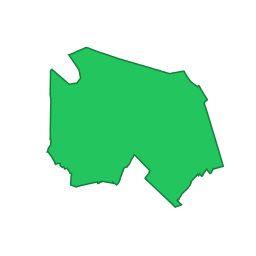 Opmeer, Noord-Holland, Netherlands, rotated 71°
{"feature_id": "6326949B74577576920447", "entity_name": "Opmeer", "entity_type": "district", "adm_level": 2, "iso_a3": "NLD", "parent_name": "Netherlands", "parent_adm1": "Noord-Holland", "projection": "equal_earth", "projection_center": [4.959, 52.714], "detail": "fine", "context": "isolated", "style": "filled", "palette": "green", "viewbox_px": 256, "rotation_deg": 71, "n_neighbors": 0, "source": "geoboundaries", "source_scale": "gbopen_adm2", "svg_char_len": 5306}
<svg xmlns="http://www.w3.org/2000/svg" viewBox="0 0 256 256"><g transform="rotate(71 128 128)"><path d="M195.2,50.4L179.2,49.6L134.0,47.9L133.5,47.9L132.6,48.0L129.3,47.9L128.0,46.3L127.6,44.3L127.0,43.8L122.3,44.8L121.3,45.2L119.9,45.4L117.2,46.0L114.3,46.6L113.6,46.6L113.2,46.7L112.8,46.7L112.7,46.8L112.4,47.0L112.1,47.2L111.7,47.0L111.0,47.2L111.2,48.7L111.4,48.9L110.9,49.3L109.4,50.3L104.5,53.7L103.3,54.0L101.9,54.4L100.0,55.0L94.6,56.2L94.0,56.3L92.8,56.5L92.6,56.6L92.4,56.7L92.2,57.7L92.1,58.4L91.9,59.5L91.4,62.7L91.2,64.2L90.8,66.6L90.5,68.0L90.3,70.4L90.0,71.1L89.9,71.3L88.3,73.6L87.2,75.1L86.0,76.9L85.8,77.2L85.2,77.9L84.9,78.4L84.5,78.9L83.6,80.1L83.4,80.3L82.7,81.4L82.4,81.8L81.6,83.1L81.3,83.5L80.6,84.4L80.3,84.8L79.9,85.5L78.5,87.2L75.5,91.6L74.4,93.0L72.2,96.3L67.6,102.7L63.9,107.9L63.5,108.5L59.4,114.4L58.6,115.4L56.3,118.3L54.5,120.7L52.6,123.0L51.5,124.5L49.9,126.5L48.7,128.1L48.3,129.0L47.6,129.9L44.5,133.6L39.7,139.2L38.5,140.9L38.3,141.3L38.2,141.5L37.8,141.5L38.0,141.6L38.2,141.8L38.4,143.2L38.4,143.4L38.5,144.4L38.6,145.1L38.7,147.5L38.8,148.7L39.0,151.4L39.1,152.5L39.3,154.1L39.5,154.9L39.5,155.4L39.6,156.0L39.5,156.9L39.6,157.7L39.6,159.6L39.6,159.9L39.5,160.1L56.9,155.5L57.3,155.4L60.2,155.8L61.3,156.0L63.4,156.3L64.9,156.5L65.3,156.6L65.6,157.0L67.0,159.0L68.7,161.3L68.8,161.3L68.8,161.5L68.0,166.4L67.9,166.9L67.8,168.0L67.6,168.7L67.5,169.5L67.2,169.6L49.9,179.6L49.0,180.2L48.3,180.7L48.0,180.8L47.7,180.9L47.7,181.1L47.8,181.3L48.4,182.2L48.7,182.6L50.4,183.3L52.7,184.0L56.1,185.3L64.5,188.3L67.9,189.6L69.6,190.2L69.8,190.4L70.1,190.4L71.2,190.8L71.8,190.9L73.6,191.2L74.6,191.4L78.3,192.4L82.2,194.0L83.3,194.3L84.9,195.0L86.4,195.5L88.3,196.3L89.8,196.7L92.1,197.6L100.8,200.7L105.1,202.4L106.6,202.8L107.3,203.0L107.9,203.2L112.1,204.8L113.6,205.4L114.1,204.7L119.0,206.7L118.9,206.9L121.3,209.9L124.4,212.2L124.5,211.6L124.6,211.4L124.9,211.3L125.7,211.0L127.9,210.4L128.2,210.2L128.5,210.1L130.3,209.6L131.2,209.4L131.9,209.3L132.5,209.2L133.3,208.9L133.6,208.8L133.8,208.9L134.0,208.9L134.8,208.8L135.2,208.6L136.2,208.4L136.9,208.2L137.0,208.2L137.2,208.4L137.3,208.6L137.7,208.6L138.7,208.3L138.9,208.2L138.6,207.7L138.6,207.4L138.7,206.8L138.8,206.2L138.8,205.6L139.0,205.4L139.2,204.6L139.3,204.3L139.4,203.6L139.5,203.6L139.8,203.7L139.9,203.8L141.5,204.4L142.1,204.0L142.5,203.7L142.9,203.4L143.4,203.2L143.6,203.1L143.7,202.9L143.7,201.5L145.0,201.5L145.1,201.4L145.1,201.2L146.2,201.2L146.2,199.5L146.3,198.5L146.7,198.5L147.2,198.4L148.1,198.2L148.6,198.1L149.1,198.0L149.3,197.8L150.3,197.6L150.7,197.6L151.5,197.8L152.0,197.2L153.0,196.3L154.0,196.8L154.7,197.3L163.0,200.8L165.9,197.5L165.9,197.4L165.8,197.2L166.6,196.3L166.9,196.2L166.7,195.9L166.8,195.4L167.1,191.4L166.8,191.1L166.8,190.9L167.1,190.6L167.2,190.4L167.4,188.1L167.7,185.9L167.9,183.6L168.2,181.5L168.3,180.5L168.4,179.6L168.5,179.0L168.6,178.4L168.6,177.7L168.8,176.6L168.9,174.7L169.2,174.6L169.6,174.6L170.6,174.7L170.7,173.8L170.7,173.5L170.7,173.3L170.3,173.3L170.3,172.7L169.8,172.6L169.9,171.5L170.0,171.5L170.3,171.4L170.4,170.3L170.4,170.1L170.1,170.0L170.0,169.9L170.6,168.6L172.0,166.2L173.6,163.2L175.3,160.2L174.3,160.0L178.0,157.4L177.9,157.3L177.9,157.2L177.9,156.8L177.7,156.4L177.6,156.1L177.3,155.5L176.6,154.8L175.9,153.9L175.7,153.8L175.3,153.3L174.8,153.0L174.4,152.5L174.2,152.3L173.5,151.9L173.2,151.7L172.9,151.6L172.7,151.6L171.9,150.8L171.5,150.6L170.9,150.0L170.7,150.0L170.6,149.8L169.9,149.3L169.8,149.2L169.6,148.8L169.5,148.7L169.4,148.7L169.2,148.5L168.8,148.4L168.7,148.3L168.6,148.2L168.4,148.1L167.8,147.6L167.7,147.5L167.7,147.3L167.5,147.0L166.3,146.2L166.1,146.2L165.7,146.0L165.7,145.8L165.5,145.6L165.4,145.5L164.7,144.8L164.6,144.6L164.4,143.9L164.4,143.7L164.2,143.2L164.2,142.9L164.3,142.7L164.3,142.4L164.4,142.2L164.5,142.2L164.6,141.5L164.5,141.4L164.3,141.0L164.0,141.0L163.9,140.9L163.7,140.7L163.5,140.4L163.4,140.2L163.1,139.7L163.0,139.3L162.9,139.1L162.7,138.7L162.4,138.4L159.5,135.6L159.1,135.3L157.3,132.8L156.9,132.5L155.1,130.8L158.4,129.2L175.4,121.2L176.6,122.5L177.1,122.3L177.5,122.7L180.1,127.0L181.4,128.3L185.7,126.0L191.1,123.1L199.7,118.6L203.1,116.9L203.3,116.8L206.2,115.2L211.0,112.7L218.2,109.1L218.1,107.6L218.1,107.4L218.1,107.2L218.1,106.9L218.1,106.6L218.0,106.1L218.1,105.9L218.1,105.7L218.0,104.6L218.0,104.0L218.1,103.8L218.1,103.5L218.1,103.4L218.0,103.2L218.0,102.4L212.7,105.0L212.4,105.2L212.1,104.9L211.7,104.4L212.4,103.9L212.2,103.6L212.2,103.4L212.0,103.2L211.8,102.9L210.6,101.7L209.2,99.9L208.6,99.4L208.3,99.1L207.8,98.6L207.0,96.4L206.9,96.3L206.1,94.9L204.8,91.7L204.4,91.2L202.1,87.7L201.8,87.4L200.9,86.8L200.6,86.5L200.3,86.3L200.2,86.2L199.9,85.9L199.5,86.1L199.0,85.5L198.7,85.0L196.1,80.1L195.7,79.6L195.7,79.4L195.8,79.3L195.8,79.2L194.4,77.4L196.1,76.7L195.9,76.5L195.5,76.3L194.9,75.6L194.7,75.4L197.6,74.1L197.6,73.5L197.2,72.7L196.9,72.5L196.6,72.4L196.3,72.2L196.0,72.0L196.0,71.9L196.0,71.7L195.6,71.1L195.3,71.1L195.0,70.5L194.9,70.3L194.8,70.2L194.7,70.1L194.4,69.6L193.4,68.3L192.7,67.4L192.5,67.2L197.3,65.5L197.7,65.3L197.6,64.5L197.6,64.3L197.5,64.2L197.3,64.0L196.9,63.4L196.7,63.1L196.5,62.9L196.1,62.8L195.6,62.0L195.1,61.7L194.9,61.3L194.6,61.1L194.4,60.7L194.1,60.4L194.7,59.7L195.2,50.4Z" fill="#22c55e" stroke="#15803d" stroke-width="1.5"/></g></svg>